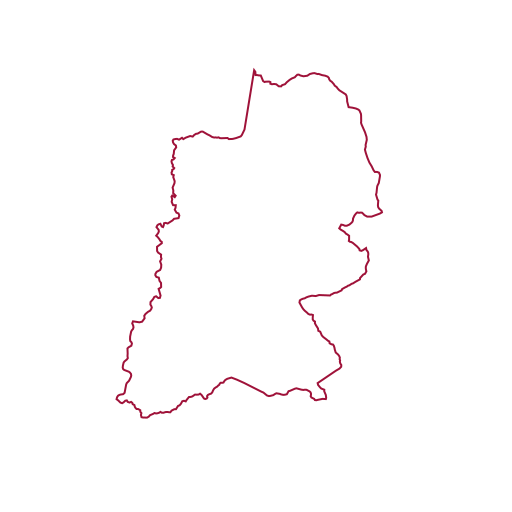 Monte do Carmo, Tocantins, Brazil (Mercator projection), rotated 203°
{"feature_id": "56859067B13428701772069", "entity_name": "Monte do Carmo", "entity_type": "district", "adm_level": 2, "iso_a3": "BRA", "parent_name": "Brazil", "parent_adm1": "Tocantins", "projection": "mercator", "projection_center": [-48.031, -10.736], "detail": "fine", "context": "isolated", "style": "outline", "palette": "rose", "viewbox_px": 512, "rotation_deg": 203, "n_neighbors": 0, "source": "geoboundaries", "source_scale": "gbopen_adm2", "svg_char_len": 6102}
<svg xmlns="http://www.w3.org/2000/svg" viewBox="0 0 512 512"><g transform="rotate(203 256 256)"><path d="M328.4,69.7L326.6,69.3L323.5,68.1L321.7,68.2L320.7,69.6L319.8,71.7L318.5,72.6L317.1,71.6L315.1,71.7L314.0,72.9L312.5,72.5L311.6,71.4L309.7,71.3L308.6,69.8L307.4,69.0L306.2,68.5L304.6,69.1L302.3,68.8L301.6,67.4L300.1,66.6L299.8,64.7L298.4,62.9L296.8,63.2L293.1,64.7L291.9,66.3L291.4,68.0L288.9,70.6L288.1,71.8L286.5,72.0L285.3,72.7L284.0,73.8L283.0,75.2L281.7,74.9L280.0,75.5L278.3,77.0L276.4,77.9L275.0,78.2L273.8,78.7L273.3,80.7L271.3,83.1L269.8,83.7L269.2,87.5L268.0,88.7L267.4,90.5L267.1,93.5L265.7,94.6L263.9,94.7L263.7,96.2L262.6,100.0L261.0,100.8L259.7,101.9L258.0,104.6L256.3,105.2L254.6,106.1L253.7,107.4L251.8,106.8L248.2,104.5L246.9,104.5L245.7,105.5L245.4,106.7L246.3,107.9L246.0,109.3L244.9,110.6L243.6,111.7L243.0,113.3L243.0,115.5L242.7,117.6L241.7,119.3L240.7,120.6L240.2,122.0L239.5,123.1L239.5,124.5L238.9,125.6L237.7,126.0L236.5,126.8L236.3,128.4L235.8,129.9L234.5,131.7L231.1,134.5L225.2,134.7L217.2,134.5L197.9,133.2L195.8,133.2L191.4,131.9L189.4,132.1L188.2,132.8L185.7,134.7L184.7,136.3L183.6,137.6L180.2,138.4L178.8,138.4L176.7,138.8L175.2,139.6L173.6,140.8L173.2,144.3L172.1,145.1L168.4,149.0L167.1,150.0L162.0,150.7L160.1,151.2L158.8,152.0L157.2,152.6L153.8,152.3L152.5,151.8L151.6,150.8L151.1,149.6L150.9,148.3L149.7,147.4L146.6,147.2L145.5,146.4L144.1,146.8L143.1,147.6L138.9,150.5L135.8,151.6L136.0,152.9L137.4,155.3L140.3,158.1L140.9,159.6L144.2,159.5L145.9,160.2L148.5,161.6L149.6,163.1L137.6,181.7L135.2,184.9L134.3,187.3L134.9,189.0L136.4,190.0L137.5,191.4L137.8,192.8L138.7,193.7L139.1,195.2L140.3,196.4L142.0,197.4L144.9,198.3L146.8,200.5L148.0,202.3L149.4,203.9L150.6,204.6L152.0,204.2L154.1,204.4L155.1,206.0L156.6,206.1L158.5,206.7L162.4,207.7L164.4,208.6L167.3,211.4L169.4,211.5L170.6,213.5L173.9,215.8L175.5,217.1L176.1,218.7L177.7,218.9L179.0,219.8L179.8,221.7L180.5,223.9L182.1,223.8L183.4,223.1L185.2,223.1L186.9,223.8L189.8,224.7L191.6,225.5L193.5,226.7L197.8,230.1L198.3,232.3L197.3,233.8L196.0,235.1L194.6,236.1L193.5,237.6L191.8,239.2L189.0,241.3L185.3,242.5L182.7,244.7L172.4,248.6L171.9,249.8L170.9,250.8L169.9,252.2L168.8,253.1L167.2,253.9L163.8,257.8L163.8,259.2L161.5,262.2L160.5,263.2L159.7,264.6L158.6,265.5L157.1,267.8L156.1,268.6L154.3,271.2L151.2,275.1L151.6,276.4L150.0,280.9L148.7,282.2L148.4,285.0L149.5,286.5L150.3,287.9L150.8,289.4L150.8,292.2L150.4,296.0L152.6,299.0L153.3,301.5L153.9,302.7L154.9,303.8L156.6,304.6L157.8,306.3L159.8,303.2L161.0,301.9L162.8,301.7L163.7,302.9L166.8,304.3L172.1,305.9L173.8,306.1L175.0,305.8L176.4,306.1L176.8,307.7L178.2,311.0L180.2,311.5L182.0,311.7L183.6,312.6L185.3,313.0L188.4,313.4L190.2,314.0L189.8,318.2L187.9,318.6L186.0,318.6L184.3,319.3L182.3,321.4L181.0,324.0L180.6,325.3L180.7,326.7L181.3,328.3L181.2,331.7L180.5,334.3L179.8,335.7L178.0,336.0L177.0,336.7L175.4,337.3L173.7,336.7L172.2,336.0L169.0,335.7L164.9,337.5L158.6,343.4L157.1,345.4L158.0,346.6L161.4,347.8L162.7,348.8L163.6,350.3L165.1,354.8L166.2,355.4L169.5,359.4L169.8,361.4L171.5,366.9L171.7,368.2L171.5,371.2L173.0,377.6L173.5,379.0L175.4,380.8L177.4,380.7L179.4,379.8L181.2,380.8L184.6,383.8L188.1,386.3L191.7,389.8L195.3,393.9L197.3,396.5L197.7,399.6L198.5,401.0L199.4,406.2L200.8,408.8L204.0,412.5L210.2,418.3L211.4,419.7L211.8,421.1L214.2,426.5L215.0,427.9L217.7,430.4L219.2,430.8L221.7,430.8L225.2,430.2L228.9,429.2L232.5,433.9L233.3,435.7L235.1,438.6L236.5,439.8L244.0,441.1L246.3,442.1L247.7,443.0L250.2,443.6L251.3,444.5L254.4,446.0L256.1,446.3L257.6,447.2L258.4,448.3L260.1,449.1L262.8,449.0L265.9,448.3L269.4,448.1L270.5,447.5L273.6,447.2L275.1,446.4L277.5,444.6L279.2,442.0L282.5,440.0L285.7,439.5L287.5,439.7L288.8,439.0L289.6,437.2L290.1,435.7L292.4,433.4L293.9,431.2L295.6,427.9L296.4,425.5L298.7,423.5L299.1,422.0L301.4,421.1L304.4,422.0L306.6,421.4L308.5,420.3L310.1,420.2L310.7,421.7L312.0,421.7L315.1,420.3L316.1,419.5L317.8,419.8L322.1,424.0L324.1,423.3L325.6,423.0L327.1,422.4L328.6,425.3L330.3,426.3L316.0,367.9L316.3,361.8L316.8,360.1L320.5,356.7L323.3,354.6L326.7,353.0L328.3,353.5L333.8,350.9L335.3,350.4L336.8,350.6L338.1,349.7L339.5,349.4L340.8,348.7L342.9,348.4L345.9,348.9L348.3,349.0L353.6,349.7L355.2,349.0L357.5,345.9L359.0,345.0L360.2,343.2L360.9,341.2L363.5,340.7L366.9,337.5L368.6,335.2L370.3,335.9L372.3,333.0L374.4,333.0L375.9,332.2L377.5,331.0L377.7,329.6L376.7,328.1L375.2,327.0L372.9,326.4L371.9,324.8L372.7,321.3L371.6,317.8L371.6,316.3L371.1,314.7L369.1,314.4L369.7,312.6L370.9,311.6L370.8,310.2L369.8,308.7L368.0,307.3L367.7,305.8L365.6,305.0L365.8,303.8L366.8,302.6L366.3,301.3L366.4,299.9L365.4,298.3L363.3,298.3L363.0,296.3L360.1,293.1L359.5,291.2L359.5,286.4L357.7,284.0L356.8,281.5L353.5,280.1L353.8,278.4L356.7,279.0L357.0,277.6L355.3,275.5L354.8,272.9L352.2,270.4L349.7,271.4L348.9,268.9L348.9,266.9L346.1,264.8L344.0,264.9L342.4,263.3L342.1,260.6L346.0,258.2L346.7,256.2L350.0,251.4L352.1,251.2L353.4,250.3L352.9,247.9L352.9,246.3L354.3,246.3L356.6,248.3L358.1,247.0L358.8,245.7L358.9,243.7L355.8,242.0L355.0,240.5L355.0,238.9L355.8,235.7L353.8,235.0L351.3,233.6L349.9,232.5L348.3,232.2L347.7,231.0L350.7,225.8L349.0,222.0L347.5,220.9L343.9,220.2L343.1,217.9L341.9,216.5L342.2,213.6L339.8,211.0L338.8,208.2L338.8,205.7L341.3,202.6L341.6,200.1L341.1,198.9L339.5,197.8L337.0,198.1L335.1,195.4L332.9,194.1L331.2,190.4L331.7,189.2L332.8,187.7L328.4,182.3L328.1,179.9L329.5,179.1L332.2,179.9L333.6,178.6L333.9,176.0L335.1,172.4L334.2,170.0L332.8,169.0L331.8,167.9L331.7,166.5L332.1,164.3L333.6,162.4L335.1,159.4L335.5,157.3L334.2,155.1L335.2,151.0L337.4,149.4L343.7,147.8L343.6,145.6L341.9,144.0L340.9,142.5L340.7,140.7L341.2,139.3L341.4,137.7L340.4,132.7L339.4,130.1L338.5,128.6L336.9,127.9L336.0,126.9L335.7,124.7L337.6,122.2L338.2,120.7L336.0,116.0L335.2,113.7L334.1,111.9L334.4,110.4L335.9,107.5L336.2,106.2L335.7,103.2L335.1,101.2L334.1,100.0L332.8,99.6L327.8,99.8L326.6,99.5L325.0,98.6L324.1,97.1L323.9,95.7L324.1,91.6L325.3,88.5L325.3,87.0L323.5,78.7L324.3,76.9L326.6,75.5L327.6,74.6L328.4,73.5L328.7,71.7L328.4,69.7Z" fill="none" stroke="#9f1239" stroke-width="2"/></g></svg>